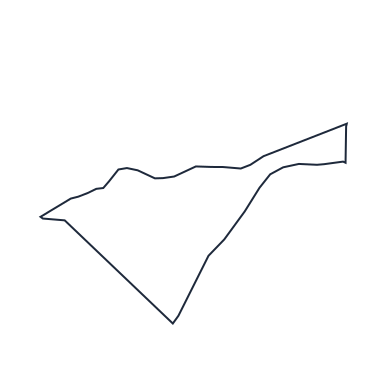 Zenon, Soufrière, Saint Lucia (orthographic projection), rotated 205°
{"feature_id": "8701671B14942759406503", "entity_name": "Zenon", "entity_type": "district", "adm_level": 2, "iso_a3": "LCA", "parent_name": "Saint Lucia", "parent_adm1": "Soufrière", "projection": "orthographic", "projection_center": [-61.034, 13.859], "detail": "fine", "context": "isolated", "style": "outline", "palette": "slate", "viewbox_px": 384, "rotation_deg": 205, "n_neighbors": 0, "source": "geoboundaries", "source_scale": "gbopen_adm2", "svg_char_len": 601}
<svg xmlns="http://www.w3.org/2000/svg" viewBox="0 0 384 384"><g transform="rotate(205 192 192)"><path d="M153.8,64.7L152.0,74.1L150.1,141.2L142.7,162.7L136.0,196.7L132.6,224.4L128.6,241.1L119.8,252.9L107.0,262.6L90.2,269.5L84.1,273.0L67.9,283.4L65.2,283.4L80.0,316.5L80.6,319.3L142.3,254.7L150.6,241.3L157.7,233.9L174.3,227.8L185.0,222.9L199.3,216.8L214.7,198.5L224.2,192.3L231.4,188.7L250.4,188.7L261.1,186.2L268.2,181.3L271.7,166.6L274.1,158.1L280.1,154.4L286.0,147.1L293.1,139.7L299.1,134.8L318.8,105.5L316.0,104.9L295.4,112.5L153.8,64.7Z" fill="none" stroke="#1e293b" stroke-width="2"/></g></svg>